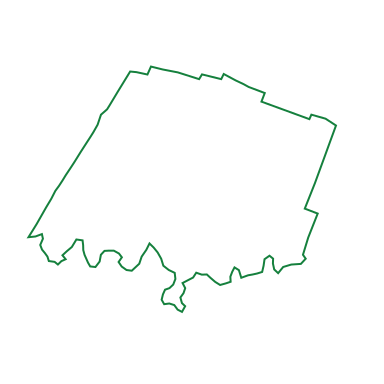 Xavantina, Santa Catarina, Brazil (Albers equal-area conic projection), rotated 204°
{"feature_id": "56859067B40030649265518", "entity_name": "Xavantina", "entity_type": "district", "adm_level": 2, "iso_a3": "BRA", "parent_name": "Brazil", "parent_adm1": "Santa Catarina", "projection": "albers", "projection_center": [-52.319, -27.015], "detail": "fine", "context": "isolated", "style": "outline", "palette": "green", "viewbox_px": 384, "rotation_deg": 204, "n_neighbors": 0, "source": "geoboundaries", "source_scale": "gbopen_adm2", "svg_char_len": 1755}
<svg xmlns="http://www.w3.org/2000/svg" viewBox="0 0 384 384"><g transform="rotate(204 192 192)"><path d="M99.8,313.3L114.4,311.2L114.4,306.3L165.3,302.8L165.8,312.0L182.9,311.0L188.7,311.5L197.5,311.7L211.0,312.7L211.2,307.0L230.7,303.5L231.4,298.0L253.6,295.5L268.7,292.0L280.5,289.9L280.5,281.2L291.5,278.9L297.5,276.9L300.6,253.5L302.5,238.0L303.2,233.0L306.6,225.6L305.6,215.1L306.4,206.7L307.3,200.4L308.4,193.5L309.9,183.8L311.7,170.9L312.6,165.3L314.2,155.9L315.0,149.7L316.0,143.5L317.3,137.5L317.8,128.5L319.0,118.6L320.9,99.4L323.0,84.2L316.9,87.7L312.0,92.5L309.2,88.7L309.1,81.9L305.6,78.4L301.6,76.4L297.8,74.2L294.7,70.7L289.1,72.3L285.0,71.2L283.2,75.7L280.1,79.2L284.6,81.5L282.3,86.9L279.4,92.9L278.3,101.6L272.3,103.3L269.8,99.1L267.7,94.7L264.6,90.9L261.5,88.1L258.3,85.2L254.7,82.6L249.7,84.2L248.1,90.9L249.7,97.6L248.0,102.6L244.1,104.6L239.5,106.6L233.7,106.1L229.5,103.8L230.6,98.2L225.9,95.3L220.1,94.1L215.0,95.6L211.0,105.0L211.7,112.5L210.2,120.6L209.9,127.7L204.5,125.7L198.8,122.8L193.0,118.5L188.2,113.0L181.5,111.3L174.9,111.1L171.8,105.8L171.5,99.8L173.5,95.0L176.9,91.8L176.9,86.6L175.9,81.2L171.8,78.2L167.4,80.9L162.2,81.5L157.3,78.7L152.4,78.4L151.8,84.9L156.0,86.4L159.7,90.9L158.6,96.1L159.1,101.4L163.6,105.0L159.8,109.8L156.2,114.3L155.3,120.0L149.4,120.5L144.9,122.7L140.2,121.1L134.2,119.3L128.5,118.5L123.9,122.3L120.2,125.7L122.5,130.2L122.8,135.4L122.5,140.4L117.4,139.7L112.1,133.7L106.9,138.7L103.2,141.2L99.4,144.0L95.4,147.5L96.6,153.7L98.4,160.1L95.3,165.3L90.8,164.1L89.0,159.6L85.4,154.7L80.3,152.9L78.2,160.6L71.8,166.1L63.3,170.6L61.0,177.3L65.1,179.8L67.3,197.7L68.4,223.4L82.2,222.7L83.3,250.0L85.5,282.3L86.0,289.3L87.5,311.3L99.8,313.3Z" fill="none" stroke="#15803d" stroke-width="2"/></g></svg>